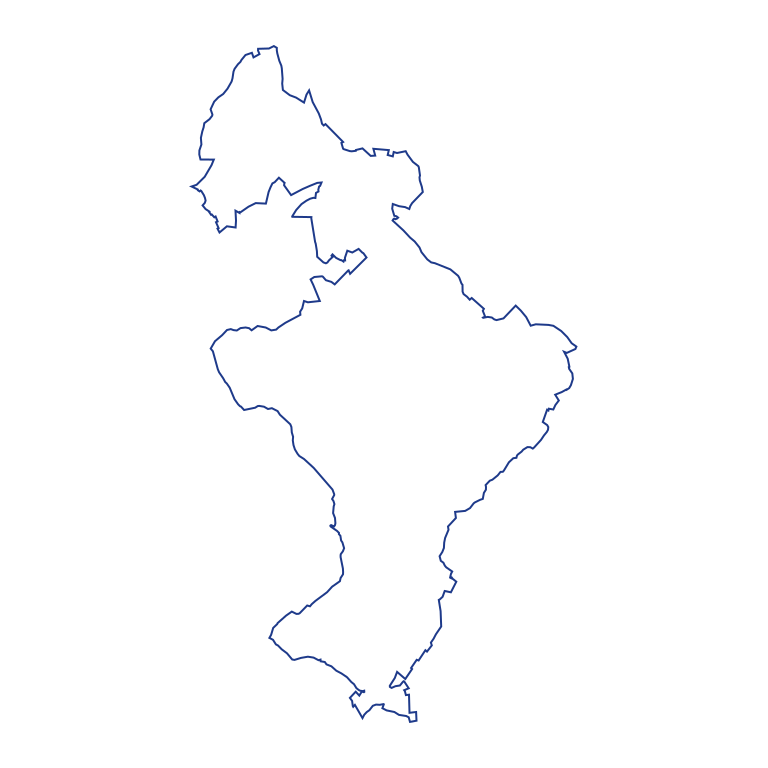 Band, Mures, Romania (orthographic projection)
{"feature_id": "2599482B93792228278876", "entity_name": "Band", "entity_type": "district", "adm_level": 2, "iso_a3": "ROU", "parent_name": "Romania", "parent_adm1": "Mures", "projection": "orthographic", "projection_center": [24.34, 46.58], "detail": "fine", "context": "isolated", "style": "outline", "palette": "blue", "viewbox_px": 768, "rotation_deg": 0, "n_neighbors": 0, "source": "geoboundaries", "source_scale": "gbopen_adm2", "svg_char_len": 6096}
<svg xmlns="http://www.w3.org/2000/svg" viewBox="0 0 768 768"><path d="M416.1,712.0L409.5,712.8L409.0,694.7L405.9,695.1L404.9,691.2L404.2,690.2L408.7,688.3L404.5,681.9L403.8,681.2L403.0,681.7L399.9,685.5L395.4,686.2L391.6,687.9L389.9,686.9L389.8,685.8L394.8,678.0L397.1,671.9L405.3,679.0L412.1,669.0L411.1,668.0L416.7,659.8L418.6,660.5L425.4,650.2L427.0,651.6L431.8,645.4L430.9,642.6L433.6,638.7L435.9,634.3L441.2,626.5L440.6,611.1L438.8,599.9L439.8,599.4L442.6,596.8L444.7,591.0L450.9,592.3L456.3,581.7L453.1,579.1L451.2,578.2L451.9,577.7L451.6,577.3L450.2,577.2L451.0,573.8L452.2,571.5L446.2,567.3L444.8,565.6L443.4,562.7L440.8,560.8L439.6,556.2L442.3,552.0L443.9,548.0L444.2,542.6L445.1,538.0L448.5,529.8L448.0,526.5L455.9,518.0L455.1,511.9L465.2,510.9L470.0,508.1L473.7,503.3L474.9,502.4L480.1,499.8L482.8,498.9L483.9,492.9L485.9,489.7L486.0,486.9L485.6,485.1L489.8,480.7L492.4,479.7L497.7,475.4L500.5,471.9L502.8,471.8L503.8,470.7L508.9,462.3L513.3,458.2L516.4,457.8L516.9,455.8L517.6,454.7L521.6,451.6L523.2,449.7L527.4,447.1L530.3,447.2L532.8,448.6L534.1,447.5L541.0,439.9L544.0,435.4L546.8,432.0L548.0,429.8L548.3,427.1L547.2,425.1L542.8,422.0L547.1,409.7L548.4,410.5L548.8,408.7L553.3,409.5L555.4,405.0L558.8,400.5L555.2,394.7L561.9,392.0L566.4,389.5L566.6,389.8L569.2,388.1L570.9,385.2L572.9,378.9L572.3,373.4L569.2,368.9L568.8,367.1L569.4,366.8L567.7,358.7L564.1,351.8L566.8,352.9L575.4,349.0L576.4,346.6L571.7,343.3L567.2,337.0L561.2,331.0L553.4,325.8L548.4,324.9L535.8,324.3L530.7,325.7L526.2,317.1L520.8,310.6L515.7,305.6L503.5,318.4L496.5,320.1L494.3,319.4L491.8,317.5L487.7,316.9L483.2,317.8L483.0,317.6L485.1,316.6L482.8,310.8L483.9,308.8L471.7,298.0L469.7,299.7L467.0,296.7L463.6,294.1L462.6,291.7L462.5,284.8L461.5,283.6L459.3,277.8L458.1,275.8L450.4,269.4L434.9,263.2L431.2,262.4L427.3,259.4L421.5,252.2L419.5,247.5L414.7,241.5L410.1,237.6L403.4,230.4L392.6,220.5L393.4,219.2L394.2,218.6L395.4,219.2L397.0,218.6L398.1,217.6L396.5,216.3L394.3,215.8L392.2,208.7L392.8,204.0L399.1,206.2L405.1,207.1L409.3,209.0L410.3,206.0L412.1,203.1L422.8,192.0L421.8,186.7L419.8,180.5L419.5,177.3L420.0,175.5L418.8,167.2L418.3,166.1L412.9,161.9L407.5,154.6L405.7,151.2L397.0,153.0L393.7,152.0L392.8,156.4L387.7,155.0L388.8,150.1L373.4,148.8L375.2,155.6L370.7,155.9L362.5,148.4L355.9,150.0L355.8,150.8L351.7,151.3L349.8,151.1L343.6,149.1L343.1,148.7L341.4,142.9L343.1,142.0L325.5,124.1L323.7,125.5L322.0,123.7L321.0,119.4L318.8,113.5L312.7,102.1L309.1,90.4L306.5,94.6L304.0,102.6L296.1,97.6L289.8,95.2L282.9,90.0L282.2,83.6L282.6,78.9L281.8,68.3L281.3,65.6L279.3,60.8L277.3,53.4L276.8,50.3L276.8,47.8L273.8,46.1L269.0,48.5L258.1,48.8L258.0,50.5L259.5,54.1L253.5,57.4L251.9,52.8L245.5,55.0L241.5,59.9L240.4,61.9L238.0,64.2L234.6,68.8L233.5,71.6L232.5,78.3L231.6,81.5L227.5,88.7L223.2,94.0L218.4,97.3L214.2,101.6L210.6,109.3L212.4,114.5L212.2,115.7L209.6,119.1L204.3,123.2L203.6,127.4L202.3,131.4L200.9,137.9L201.4,144.5L199.4,150.4L199.3,154.5L200.5,159.5L213.8,159.6L211.5,165.2L204.7,176.8L196.6,184.8L191.6,186.5L197.8,189.5L197.8,190.2L199.6,191.4L200.6,190.5L201.3,191.0L203.9,195.2L205.0,198.0L205.6,200.6L204.8,202.9L202.6,205.4L205.6,209.1L209.3,211.5L209.0,211.8L211.1,214.8L211.8,214.5L214.3,217.3L215.6,216.5L217.6,221.5L216.0,222.2L218.6,228.1L217.5,228.6L219.5,232.5L226.9,226.3L235.6,227.5L236.0,220.6L235.5,210.7L239.2,212.8L239.1,212.2L239.5,212.0L240.0,212.6L248.5,206.7L255.7,203.1L265.9,203.6L268.6,192.0L270.5,187.3L272.4,183.4L274.7,182.2L278.9,177.7L284.6,182.9L284.3,183.4L284.1,185.3L291.1,195.1L302.7,189.0L309.8,185.9L317.2,182.9L321.5,182.5L320.1,185.9L319.1,186.5L318.3,189.7L318.5,191.5L316.0,192.9L315.4,198.0L313.4,197.8L310.2,198.7L306.4,200.7L301.5,204.1L296.2,210.0L292.2,216.4L292.3,216.8L311.4,217.1L311.3,218.4L315.1,241.9L315.7,243.7L316.9,251.1L317.2,256.8L323.4,262.4L325.9,263.3L327.4,262.5L329.0,260.3L332.6,257.0L331.5,255.7L332.5,254.4L336.1,257.9L340.4,260.1L341.3,260.1L343.5,261.6L343.9,260.3L345.1,260.4L344.9,257.9L347.3,250.7L352.3,252.5L358.6,248.9L362.3,252.6L363.4,253.2L366.5,257.5L350.1,273.8L348.6,270.3L348.2,270.5L334.7,284.4L331.4,281.9L325.9,280.2L322.9,276.7L322.0,276.3L314.3,277.0L310.6,279.4L313.2,284.8L319.8,301.0L307.9,302.3L304.0,301.0L302.2,308.4L300.1,311.7L300.4,314.8L285.4,322.8L278.4,327.5L276.2,329.6L271.3,330.4L265.7,327.5L257.6,326.0L251.6,330.3L249.1,328.2L245.6,327.5L240.5,328.1L236.8,330.5L233.5,330.1L230.8,329.1L227.0,330.0L222.1,335.2L215.0,341.2L210.7,348.6L212.9,351.3L217.8,369.2L219.1,372.3L223.2,378.3L225.2,382.0L226.8,383.5L229.7,387.7L234.5,399.2L238.1,404.3L240.0,406.2L241.0,406.6L244.1,410.0L255.2,407.7L257.7,406.1L259.1,405.9L264.0,406.7L268.0,409.0L271.9,408.2L277.6,411.1L279.9,414.7L290.3,424.3L291.4,427.0L291.8,432.4L293.1,436.8L292.8,440.4L293.5,445.1L294.9,449.4L297.6,453.9L299.3,456.0L304.0,459.0L313.7,467.9L332.5,489.6L334.2,494.2L334.2,495.1L332.1,499.0L333.5,501.1L334.4,504.1L333.7,506.4L333.1,513.1L335.0,518.0L335.4,523.2L335.0,525.1L334.1,526.4L331.1,525.1L330.4,525.6L330.5,526.3L331.2,526.9L337.0,530.9L339.0,532.9L338.9,534.1L340.4,535.8L341.1,540.5L342.4,542.4L344.1,548.2L342.9,551.3L340.8,554.1L340.6,555.1L340.6,557.1L342.9,568.5L343.1,572.0L343.0,574.3L340.6,578.0L339.9,581.2L332.1,586.7L327.1,592.2L315.3,601.0L311.7,604.2L310.0,606.3L307.2,605.5L299.7,613.2L298.6,613.8L296.4,613.9L291.8,611.6L286.1,615.6L277.6,623.1L277.2,624.1L273.2,627.9L271.1,634.9L269.4,637.9L273.0,639.8L275.9,644.4L278.0,645.5L281.7,649.3L287.0,653.3L292.2,659.5L294.5,659.9L301.0,657.9L307.9,656.7L313.6,657.6L318.5,660.2L320.5,659.6L320.6,661.3L324.8,662.0L326.5,664.4L331.4,666.3L336.3,670.7L341.4,673.4L347.0,677.2L351.3,682.0L354.0,684.2L356.4,688.1L358.6,689.9L360.1,690.7L362.8,691.1L364.2,690.7L364.3,691.9L363.9,692.2L361.8,691.6L359.3,695.6L355.7,691.7L349.9,697.9L352.1,700.9L352.8,706.1L353.2,706.8L354.9,704.9L362.5,718.1L364.2,714.8L366.7,712.1L369.4,710.2L372.8,705.8L376.0,704.6L379.8,704.8L383.5,704.1L383.8,704.3L382.4,708.2L386.6,710.4L394.4,712.0L399.0,714.9L406.2,716.0L408.7,717.3L410.0,721.9L416.5,720.7L416.1,712.0Z" fill="none" stroke="#1e3a8a" stroke-width="2"/></svg>